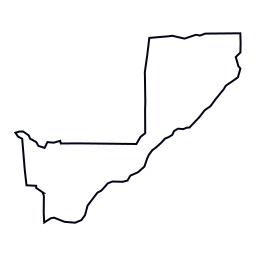 Mangilao, Guam (Albers equal-area conic projection)
{"feature_id": "77769853B74833203647496", "entity_name": "Mangilao", "entity_type": "district", "adm_level": 2, "iso_a3": "GUM", "parent_name": "Guam", "parent_adm1": "", "projection": "albers", "projection_center": [144.825, 13.463], "detail": "fine", "context": "isolated", "style": "outline", "palette": "ink", "viewbox_px": 256, "rotation_deg": 0, "n_neighbors": 0, "source": "geoboundaries", "source_scale": "gbopen_adm2", "svg_char_len": 1232}
<svg xmlns="http://www.w3.org/2000/svg" viewBox="0 0 256 256"><path d="M23.1,131.5L19.7,131.5L15.4,132.7L18.0,136.6L22.2,138.8L24.7,169.1L24.9,171.1L26.5,185.3L36.1,185.8L36.2,187.9L43.6,193.0L42.9,193.1L43.9,196.1L43.7,212.3L44.2,222.5L50.7,218.3L54.1,217.7L64.5,221.8L73.8,222.6L75.2,222.7L81.4,220.1L85.0,215.2L87.6,205.6L90.6,201.6L97.4,192.7L101.3,190.6L104.0,187.7L106.4,184.9L107.9,183.3L112.5,181.5L122.3,181.8L123.4,181.6L127.5,180.5L130.4,175.6L137.9,172.3L139.9,170.6L144.4,166.6L147.2,158.4L149.0,154.6L152.3,150.2L154.9,148.3L156.1,147.4L161.5,142.5L165.0,138.6L168.6,137.1L172.3,134.9L174.0,131.1L177.9,128.7L183.3,129.1L186.9,127.7L189.5,127.5L191.0,125.9L199.4,117.1L204.7,110.2L209.9,106.6L210.5,106.2L215.2,99.7L223.8,89.1L225.8,85.7L231.4,81.9L237.9,77.3L240.4,68.6L238.3,66.0L235.8,57.0L240.4,52.5L240.6,42.3L240.3,33.3L205.3,33.6L199.8,35.6L198.6,35.2L195.9,34.8L184.5,38.6L172.4,35.8L168.5,36.3L149.3,37.9L147.3,54.7L144.8,72.4L144.9,73.9L145.3,102.3L145.1,108.4L145.2,133.2L141.2,136.3L140.3,137.2L136.4,144.0L108.7,143.7L81.4,143.4L74.5,143.4L60.8,143.5L60.2,140.8L53.7,142.7L47.4,142.1L44.6,147.9L38.4,145.9L36.2,142.0L30.1,138.7L28.7,135.4L23.1,131.5Z" fill="none" stroke="#020617" stroke-width="2"/></svg>